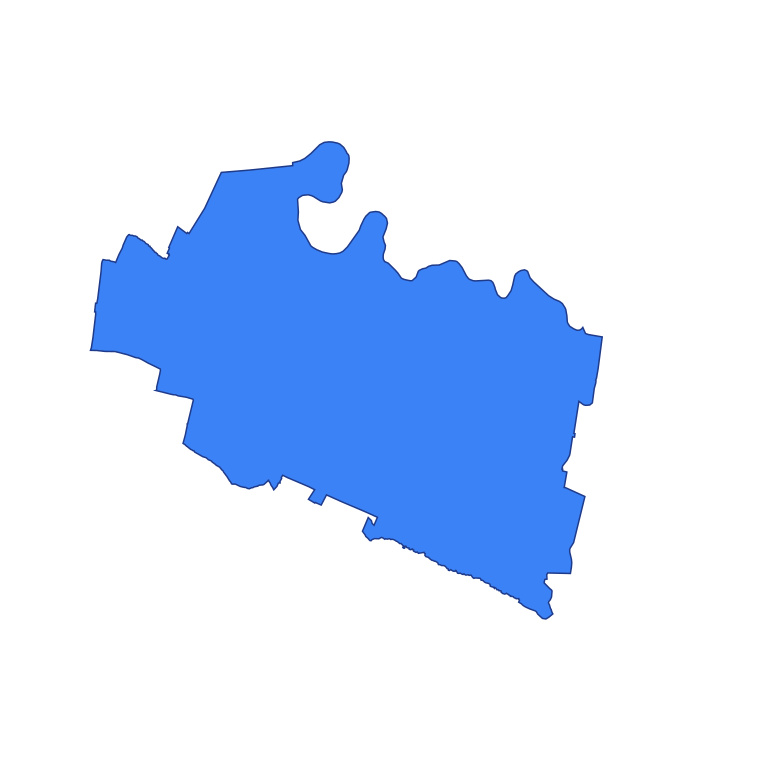 Stefanesti, Botosani, Romania, rotated 317°
{"feature_id": "2599482B72313554695447", "entity_name": "Stefanesti", "entity_type": "district", "adm_level": 2, "iso_a3": "ROU", "parent_name": "Romania", "parent_adm1": "Botosani", "projection": "orthographic", "projection_center": [27.182, 47.784], "detail": "fine", "context": "isolated", "style": "filled", "palette": "blue", "viewbox_px": 768, "rotation_deg": 317, "n_neighbors": 0, "source": "geoboundaries", "source_scale": "gbopen_adm2", "svg_char_len": 6171}
<svg xmlns="http://www.w3.org/2000/svg" viewBox="0 0 768 768"><g transform="rotate(317 384 384)"><path d="M568.0,478.2L565.9,478.5L563.6,477.9L561.8,476.3L560.4,473.1L559.2,468.4L559.9,464.8L560.4,463.6L564.3,458.8L567.8,453.4L568.4,451.6L569.3,446.8L568.7,443.4L566.2,437.8L564.6,431.6L563.1,411.3L563.2,406.0L565.7,399.9L565.7,398.6L564.6,396.3L561.5,394.4L559.1,393.7L555.4,393.4L553.0,394.3L545.5,399.5L540.6,402.4L534.4,403.9L532.2,404.1L531.1,403.7L529.3,402.1L528.6,401.0L528.2,399.9L527.9,396.1L530.1,390.4L530.9,389.2L532.2,386.0L532.9,383.8L532.7,381.4L531.3,379.4L521.2,371.0L519.6,369.2L518.0,365.9L517.7,364.7L518.0,361.1L520.5,352.2L521.0,347.1L520.8,344.2L520.1,342.8L516.3,338.5L505.5,334.6L500.2,330.0L497.0,328.4L493.7,327.8L490.7,326.0L487.3,324.9L485.9,325.0L480.4,327.7L475.2,327.6L474.1,326.9L472.6,325.0L470.4,321.8L469.3,319.6L468.9,318.3L469.8,312.4L469.9,308.4L469.5,298.5L468.0,294.9L468.5,292.5L470.2,290.3L472.2,288.5L476.7,286.1L479.6,283.6L481.0,280.0L483.5,275.7L491.4,272.0L496.3,268.7L498.7,264.6L498.9,262.1L498.5,257.5L497.8,255.0L495.6,252.2L491.5,249.3L490.3,248.8L485.1,248.9L481.7,249.8L474.9,252.5L470.7,254.7L450.8,258.8L444.7,259.0L441.2,258.1L438.1,256.2L435.2,253.9L433.0,251.3L429.0,245.6L426.4,239.9L425.0,235.3L424.7,233.0L427.6,221.4L428.2,214.1L432.7,205.5L438.6,199.9L446.8,189.9L448.8,189.6L453.1,190.5L457.6,193.9L459.5,196.9L460.3,198.9L462.4,206.8L463.5,209.0L467.8,214.5L470.9,216.3L473.1,217.1L478.1,216.9L483.9,215.0L485.9,213.7L489.6,208.2L496.9,203.8L501.3,203.0L503.5,202.0L509.0,198.5L512.5,195.1L513.9,193.1L514.3,191.9L514.4,189.5L514.9,188.4L515.9,183.5L515.4,178.7L514.4,176.3L511.2,171.7L508.7,169.2L505.0,166.5L500.2,165.2L487.6,165.6L479.8,165.0L474.4,163.4L468.2,159.8L466.1,162.0L431.5,135.8L409.3,118.3L372.7,133.2L344.0,141.0L343.7,139.2L342.4,139.4L340.4,128.3L319.6,137.4L319.8,138.3L314.6,140.5L315.5,142.3L314.6,142.6L314.8,143.4L310.6,144.6L309.7,144.0L309.8,143.2L309.1,142.1L308.6,142.1L307.9,140.9L307.3,137.4L306.6,135.5L307.0,134.2L306.7,133.1L306.9,132.2L306.2,131.1L306.6,129.1L306.2,128.1L306.5,127.7L306.6,125.7L306.3,124.8L306.8,123.6L306.1,122.8L306.6,121.2L305.7,118.9L305.8,116.3L305.1,114.4L305.3,113.8L304.5,113.1L304.0,110.3L303.6,109.9L303.8,107.8L302.9,105.9L302.1,105.3L301.4,103.7L300.0,102.4L299.6,101.0L299.0,100.7L296.2,101.0L288.0,104.5L285.3,106.1L278.6,108.5L270.6,112.1L270.0,110.6L267.9,107.8L267.5,106.1L265.4,104.2L263.4,101.4L261.7,102.0L259.7,103.3L253.4,109.1L233.0,126.2L229.0,129.1L228.2,128.2L221.6,133.9L222.3,134.5L220.8,136.3L202.4,151.9L194.7,157.9L192.3,159.2L196.8,163.6L202.2,169.9L209.5,176.9L216.4,187.7L220.3,195.2L222.2,197.6L223.5,200.8L225.8,208.0L230.6,220.5L229.5,221.8L226.3,224.1L215.7,231.2L214.0,233.0L213.3,233.4L212.7,233.1L221.2,246.2L222.7,248.3L224.2,249.8L225.3,252.2L230.5,259.0L233.9,264.8L233.5,265.8L215.5,277.7L213.1,279.3L212.8,279.0L211.6,280.3L203.9,285.8L196.5,290.4L197.1,292.5L197.2,294.9L197.4,295.3L198.0,300.0L198.5,301.0L198.9,302.7L199.5,303.2L199.1,304.6L201.9,313.6L203.7,316.7L203.9,319.6L205.3,322.6L205.1,323.7L205.8,327.2L205.9,329.0L207.1,332.7L206.8,336.4L207.1,337.4L206.6,339.2L206.0,344.9L205.0,349.6L205.1,350.7L204.5,352.8L204.6,353.6L207.0,355.8L209.0,360.9L211.2,364.2L212.2,365.2L213.0,367.4L214.1,368.8L216.3,369.5L217.2,370.3L218.9,370.7L222.0,372.6L223.7,372.9L226.5,375.1L227.7,375.6L233.4,375.7L234.4,375.2L233.6,376.0L233.2,378.8L232.3,381.2L232.0,383.6L231.2,386.2L235.7,385.9L239.2,384.4L240.6,385.5L241.3,384.4L244.7,383.3L245.2,382.3L247.7,381.7L249.6,386.7L259.0,407.9L261.2,414.0L250.1,416.8L252.2,423.9L252.9,423.7L255.5,429.7L266.3,425.9L272.7,441.1L283.3,465.0L288.3,477.0L280.4,480.5L280.2,478.0L281.6,475.3L281.4,470.9L267.8,477.0L267.3,481.4L266.7,483.1L267.0,485.5L266.9,488.8L267.6,489.8L268.9,489.6L271.6,490.6L274.7,493.7L277.5,494.4L278.2,495.8L278.7,498.1L279.6,498.2L280.6,499.7L282.6,500.9L282.9,502.4L284.0,503.0L285.2,504.8L285.8,507.5L286.3,508.2L286.7,511.5L287.7,512.4L287.7,514.7L288.2,516.5L286.4,516.1L286.2,516.4L286.4,517.5L287.1,518.1L288.1,517.3L289.3,517.4L289.5,517.7L289.0,518.7L289.8,520.5L290.4,521.0L289.7,522.1L290.5,523.4L291.4,523.5L291.6,524.2L292.3,524.3L292.1,525.0L292.4,525.8L291.7,526.2L291.7,526.6L292.6,529.0L293.8,529.6L293.7,531.3L298.5,534.5L298.2,535.1L298.4,536.2L297.1,537.1L296.9,538.7L298.2,541.0L298.3,543.1L298.8,545.6L299.8,546.9L299.9,547.8L300.7,548.8L301.2,550.2L301.3,551.9L300.7,553.0L300.8,553.4L301.8,554.4L302.3,556.0L304.2,557.9L304.5,559.9L304.3,562.1L304.8,563.0L304.1,564.2L304.7,565.1L306.1,565.2L307.0,568.2L307.6,568.5L307.8,569.1L308.2,569.5L309.4,569.3L309.4,570.1L308.8,572.5L309.5,573.5L310.8,574.4L311.4,576.4L312.0,577.3L313.0,577.4L313.3,579.2L313.8,579.8L315.5,580.9L315.7,582.0L317.3,583.1L316.9,586.2L317.2,587.4L318.4,588.0L321.7,591.5L321.8,592.0L321.2,593.8L321.9,594.3L322.4,595.7L322.4,597.3L322.8,598.6L324.5,601.3L324.9,602.4L324.6,603.6L324.0,603.9L323.8,604.5L325.3,607.1L325.4,608.1L325.7,607.6L326.1,608.1L326.6,609.9L326.3,611.7L327.2,612.2L327.4,612.8L327.1,613.6L328.4,614.9L328.3,615.6L327.7,616.0L327.9,618.1L329.1,620.1L330.9,620.6L330.9,621.5L331.4,622.4L331.3,623.1L331.9,624.4L331.6,625.4L332.2,625.5L332.6,626.7L333.5,627.5L333.4,628.8L333.8,630.0L334.2,630.4L334.2,631.2L336.2,632.8L335.7,633.4L335.7,634.5L333.7,635.4L334.6,638.5L334.7,640.9L335.3,643.2L337.2,647.9L340.0,653.4L340.1,654.6L339.5,657.1L340.0,663.5L342.2,666.3L345.7,667.0L350.7,667.3L351.2,665.4L352.4,663.0L352.8,661.4L354.3,658.5L355.0,656.2L356.2,655.5L358.5,655.2L361.3,654.0L365.7,650.0L366.0,648.9L365.7,646.7L365.5,638.6L367.4,637.2L368.4,636.6L370.1,637.9L373.0,634.4L374.9,633.9L391.1,649.7L396.0,645.9L399.3,642.9L401.4,640.2L405.2,633.6L406.8,631.8L407.9,631.1L414.5,629.3L454.2,603.3L446.0,583.5L445.2,582.6L457.7,573.1L455.3,569.3L456.6,568.2L456.1,567.6L458.8,565.7L465.9,564.6L470.9,562.8L472.6,561.7L485.9,551.2L487.1,552.8L489.8,550.6L489.2,549.6L514.7,529.6L515.6,534.5L516.0,535.8L517.1,537.3L520.2,539.7L523.5,539.9L534.8,530.6L539.4,527.8L541.3,526.2L541.4,525.5L543.2,524.8L551.2,518.7L575.7,498.4L567.2,487.2L565.8,484.5L568.0,478.2Z" fill="#3b82f6" stroke="#1e3a8a" stroke-width="1.5"/></g></svg>